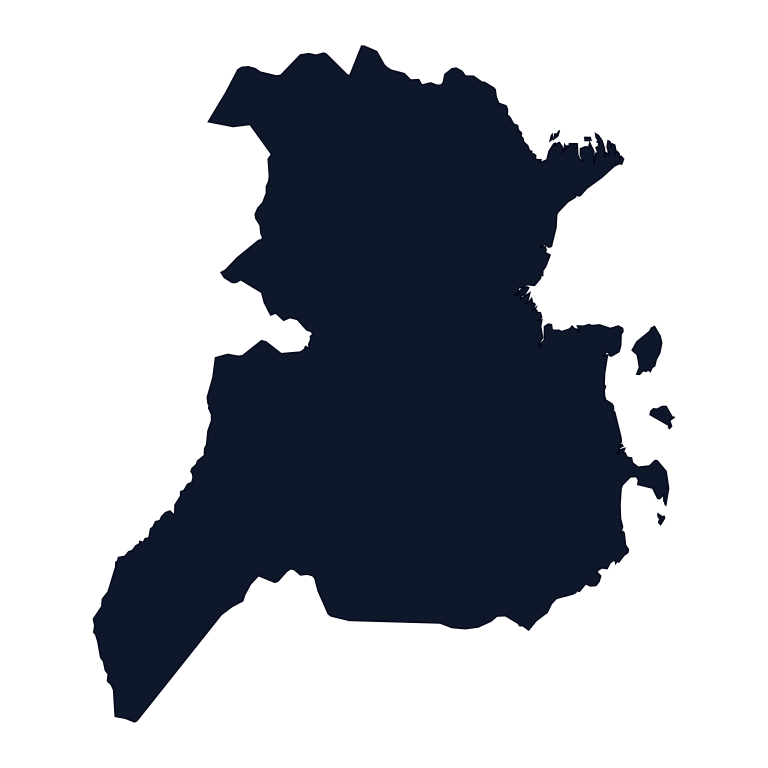 Quissanga, Cabo Delgado, Mozambique
{"feature_id": "85939544B35031207172791", "entity_name": "Quissanga", "entity_type": "district", "adm_level": 2, "iso_a3": "MOZ", "parent_name": "Mozambique", "parent_adm1": "Cabo Delgado", "projection": "equal_earth", "projection_center": [40.396, -12.576], "detail": "fine", "context": "isolated", "style": "filled", "palette": "ink", "viewbox_px": 768, "rotation_deg": 0, "n_neighbors": 0, "source": "geoboundaries", "source_scale": "gbopen_adm2", "svg_char_len": 6093}
<svg xmlns="http://www.w3.org/2000/svg" viewBox="0 0 768 768"><path d="M115.2,716.4L125.2,718.2L134.5,721.9L136.9,720.7L221.3,614.6L231.9,606.6L242.8,600.8L244.5,595.2L250.4,584.2L258.4,575.6L274.8,582.3L278.0,581.1L286.6,571.4L290.7,568.7L294.1,569.5L300.5,574.9L307.5,574.2L312.7,575.7L314.9,578.4L318.1,590.8L328.3,613.9L331.1,616.0L349.4,620.4L440.2,623.0L451.9,627.5L465.3,628.7L478.1,627.0L491.0,621.1L496.9,616.1L505.4,615.7L518.0,623.2L519.7,625.7L522.9,625.7L528.6,630.0L536.2,620.7L547.2,612.4L551.4,603.7L556.4,598.4L572.9,594.0L575.9,592.4L576.3,590.7L579.5,591.3L585.6,583.8L590.5,586.0L596.0,585.5L599.1,581.4L600.7,576.0L597.3,572.6L597.4,570.6L601.9,567.9L607.1,568.6L610.0,563.0L613.6,560.2L615.1,560.4L615.7,563.3L616.9,561.4L618.9,562.0L623.9,555.4L627.8,552.6L628.5,549.6L625.5,545.1L624.2,533.2L623.3,531.7L620.7,533.1L622.6,526.8L620.5,518.7L620.0,504.7L621.1,488.5L622.4,485.0L630.3,476.8L636.6,476.6L638.5,480.3L637.8,484.5L652.7,488.1L657.7,498.4L659.8,498.6L663.7,494.5L663.9,501.2L665.2,501.9L664.7,503.6L665.8,505.0L668.6,488.4L666.1,471.3L657.1,460.7L655.1,460.5L649.5,466.0L638.1,467.2L632.5,462.8L631.5,458.0L627.0,457.2L625.2,453.1L623.4,452.1L624.8,448.4L619.9,449.8L618.8,453.8L616.5,453.5L618.4,452.3L619.5,447.5L622.9,446.2L621.8,444.4L619.9,444.8L620.3,442.2L621.3,442.1L621.0,437.7L614.7,412.0L612.3,410.1L613.6,409.1L613.4,406.4L612.1,404.0L605.8,400.1L604.6,396.1L604.2,390.7L605.5,386.2L604.1,384.8L604.6,373.4L607.5,354.9L603.7,355.9L606.2,352.4L608.7,351.9L609.4,355.7L611.6,356.0L619.0,351.7L620.7,345.4L621.1,334.3L623.0,331.5L622.6,328.4L618.3,326.0L610.4,328.5L599.6,324.9L591.5,325.6L589.2,324.5L583.3,326.2L577.4,325.9L579.2,329.6L578.4,331.9L577.4,329.3L574.6,328.8L572.1,326.1L570.0,328.8L561.6,331.7L559.2,330.3L553.2,330.3L552.0,329.2L551.5,324.7L548.3,324.1L544.5,326.6L544.3,340.2L540.8,343.6L540.6,346.8L539.4,346.9L539.2,343.4L542.6,337.7L540.6,326.2L541.9,319.7L539.0,320.3L541.7,317.1L540.3,312.7L537.0,312.4L536.8,310.3L534.9,310.2L536.0,307.4L531.8,310.7L535.1,304.7L534.3,303.3L531.6,303.7L532.5,302.3L531.6,298.5L528.4,302.6L525.2,303.4L527.9,300.7L529.8,292.9L520.9,298.6L521.5,295.3L524.5,294.8L528.8,287.8L526.9,286.8L521.5,289.5L519.3,291.1L518.0,295.4L515.2,295.2L517.8,293.5L518.3,287.8L522.5,287.8L526.5,284.6L534.5,285.4L540.6,278.2L540.5,276.0L542.7,275.5L542.8,270.5L545.7,266.5L550.1,255.0L545.2,252.6L546.2,250.0L545.0,246.5L539.6,247.3L544.6,244.1L548.7,247.2L551.4,246.4L556.0,227.5L556.7,214.6L558.0,212.1L567.8,201.8L575.6,197.0L576.1,194.3L578.5,196.0L580.5,195.4L586.6,188.4L601.7,177.4L614.3,166.0L619.8,163.5L621.6,164.2L623.6,159.0L621.1,156.3L619.9,158.9L619.0,153.5L617.0,151.3L614.6,154.5L615.7,150.1L614.8,145.1L612.1,143.8L611.5,147.6L610.0,141.8L608.1,140.7L607.1,146.7L609.0,154.5L605.9,152.7L605.0,157.6L604.4,148.3L602.0,140.6L598.3,135.3L595.5,133.7L596.2,137.7L598.1,139.8L597.1,141.9L599.1,142.9L598.5,144.4L599.5,145.9L596.0,147.5L598.0,152.9L595.9,153.2L593.7,164.2L593.9,151.5L589.7,142.9L588.7,147.3L585.5,146.7L580.5,148.7L580.4,155.5L584.1,162.2L579.7,159.0L577.8,155.2L577.2,143.8L569.4,143.7L569.0,146.4L567.1,145.9L566.9,148.5L564.7,144.9L564.2,151.1L562.4,152.6L563.4,148.4L561.8,148.6L562.2,146.8L559.3,142.4L555.9,144.2L554.4,147.0L555.2,143.4L553.9,143.7L549.0,151.2L546.9,159.9L540.1,162.7L541.0,159.8L535.6,159.5L535.6,155.3L533.6,153.9L531.7,154.8L531.8,151.4L529.3,150.5L527.8,145.8L523.8,142.0L522.9,138.3L521.0,136.2L521.5,133.0L518.3,130.0L517.5,125.5L513.5,124.0L509.9,117.2L507.3,114.9L507.5,109.5L506.1,105.9L498.7,103.2L496.2,97.0L495.2,89.6L493.5,87.8L484.4,82.3L482.2,82.4L473.5,76.2L465.4,76.1L461.9,71.2L456.1,68.1L451.9,68.8L444.9,74.5L443.3,82.6L440.9,85.2L436.6,85.2L430.7,82.9L421.8,85.1L418.7,79.6L410.7,80.1L404.3,73.6L391.4,70.3L387.1,67.7L384.3,65.1L376.7,51.6L364.2,46.2L361.6,46.1L349.8,75.7L347.2,74.9L326.3,54.2L323.8,53.1L316.1,55.2L308.8,53.7L300.4,54.9L280.8,75.3L276.4,76.0L260.2,72.1L255.0,68.6L248.2,66.8L241.6,67.4L237.8,69.9L226.2,92.1L208.4,121.7L233.1,126.5L250.0,124.4L271.6,154.3L268.2,159.1L269.4,176.2L268.7,181.4L266.4,186.4L266.4,193.1L262.8,202.7L257.9,208.1L255.2,214.4L255.9,218.4L260.1,225.3L261.0,233.7L262.8,237.5L261.3,239.9L258.7,240.3L237.0,258.0L225.5,270.1L221.1,272.4L224.3,277.5L232.2,282.5L236.1,282.4L240.7,279.7L261.7,292.4L264.4,302.8L270.7,315.0L275.8,313.0L283.6,320.3L289.8,317.6L297.3,319.4L306.7,329.9L312.0,331.9L312.4,335.1L310.4,336.3L310.7,339.9L308.7,344.2L309.3,348.6L305.6,346.4L304.1,349.6L300.2,352.1L281.2,353.7L266.0,341.9L261.5,340.7L242.6,355.7L238.2,356.3L227.7,354.4L215.5,357.8L212.9,377.8L207.3,397.3L208.1,403.8L209.2,404.8L208.7,408.1L211.5,414.2L211.6,420.7L208.0,430.9L206.6,444.8L204.6,448.5L204.5,455.4L197.6,461.0L196.3,464.6L191.9,468.6L191.0,471.6L192.6,473.9L193.1,477.6L191.9,482.3L187.4,484.4L184.2,490.3L180.7,491.7L180.6,496.1L175.0,505.0L174.8,514.1L173.2,514.2L169.9,511.0L165.6,512.6L161.7,516.5L159.9,520.6L155.6,521.7L152.9,527.2L150.6,528.8L148.9,538.0L145.2,538.6L143.3,542.4L139.8,541.4L139.5,543.8L136.0,545.7L132.2,550.6L128.7,551.7L125.0,556.3L118.5,557.5L117.4,561.4L115.8,562.3L115.7,566.9L108.1,591.9L102.4,599.1L101.8,606.6L93.4,619.0L94.8,625.9L93.7,632.2L95.7,634.5L97.8,641.4L100.7,657.5L103.5,661.3L105.4,670.5L108.2,673.9L107.5,681.1L111.3,684.7L113.6,689.9L115.2,716.4ZM654.7,365.9L656.2,359.6L659.8,352.8L661.7,342.8L660.1,336.1L654.5,326.5L651.4,328.1L649.6,331.5L636.8,341.9L632.2,350.2L637.1,354.6L638.4,360.4L639.4,367.6L636.7,374.2L639.6,374.4L643.1,370.5L645.7,371.4L648.5,370.0L650.3,371.5L652.3,367.3L654.7,365.9ZM666.1,406.4L662.1,406.5L657.1,409.2L653.4,408.8L650.8,411.3L650.1,414.7L669.4,425.7L668.5,427.5L669.6,428.5L671.6,426.1L669.6,420.6L674.6,417.0L672.4,417.4L666.1,406.4ZM662.2,516.8L658.0,513.8L658.0,516.1L660.3,520.2L658.8,521.2L658.9,522.9L660.6,524.6L664.6,518.1L664.2,516.3L662.2,516.8ZM590.3,137.5L584.8,137.4L585.1,140.6L590.9,140.4L590.3,137.5ZM557.8,135.9L559.5,130.4L556.8,134.4L554.9,133.9L553.8,139.0L557.8,135.9ZM550.1,140.7L552.4,139.0L552.2,134.6L551.4,135.5L550.1,140.7Z" fill="#0f172a" stroke="#020617" stroke-width="1.5"/></svg>